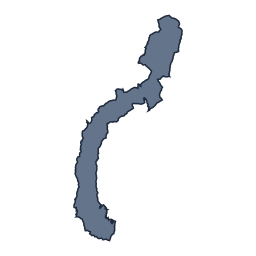 outline of Rebrisoara, Bistrita-Nasaud, Romania
{"feature_id": "2599482B58563661502775", "entity_name": "Rebrisoara", "entity_type": "district", "adm_level": 2, "iso_a3": "ROU", "parent_name": "Romania", "parent_adm1": "Bistrita-Nasaud", "projection": "albers", "projection_center": [24.527, 47.412], "detail": "fine", "context": "isolated", "style": "filled", "palette": "slate", "viewbox_px": 256, "rotation_deg": 0, "n_neighbors": 0, "source": "geoboundaries", "source_scale": "gbopen_adm2", "svg_char_len": 5750}
<svg xmlns="http://www.w3.org/2000/svg" viewBox="0 0 256 256"><path d="M109.6,240.6L110.6,237.6L110.6,237.0L111.1,236.0L112.6,234.2L113.7,233.8L113.9,232.7L114.1,232.4L114.0,231.9L114.7,230.5L114.5,230.0L114.7,228.8L114.6,227.2L114.3,226.8L114.8,226.0L114.7,224.2L115.5,221.4L113.5,220.6L112.8,222.9L112.1,223.6L111.3,222.7L111.5,222.3L112.3,222.3L112.4,222.0L111.4,221.9L111.8,221.4L112.6,221.6L113.2,220.4L112.5,220.1L112.5,220.8L112.0,221.2L111.8,221.1L112.4,220.0L111.8,219.6L111.5,221.0L111.1,221.1L111.7,219.6L109.9,219.3L108.6,220.2L108.2,218.6L108.3,218.5L108.1,217.5L106.6,218.4L105.5,217.7L105.5,216.3L106.2,216.6L106.3,214.5L106.1,213.5L106.8,213.2L106.9,212.0L106.5,212.0L106.5,211.3L107.0,209.9L107.6,209.6L105.4,208.9L106.3,208.1L106.0,207.7L105.4,207.8L105.4,206.8L104.8,206.6L104.4,205.7L103.5,204.9L103.1,204.9L99.9,208.4L99.6,208.2L99.7,207.4L101.1,204.7L100.0,203.9L98.5,202.1L97.6,200.3L97.8,199.4L97.5,197.4L97.3,197.4L97.2,196.9L97.0,195.7L96.7,194.8L97.9,192.9L96.7,190.7L96.6,189.5L96.9,188.7L96.2,187.6L96.1,186.0L96.2,183.3L95.9,181.6L96.7,177.8L96.3,176.6L96.4,175.6L96.0,174.5L96.1,174.2L95.8,172.9L96.3,171.8L96.8,169.6L96.7,166.8L97.0,165.9L96.1,164.4L95.9,161.5L97.1,160.4L97.0,159.7L98.1,158.9L98.4,158.0L97.8,155.9L97.9,154.4L98.3,153.5L98.6,153.3L98.1,152.2L98.3,150.1L98.1,149.0L98.7,147.6L99.5,147.2L100.5,145.7L100.6,144.8L101.4,143.8L101.3,142.1L103.4,139.0L106.2,137.8L105.9,136.4L106.2,134.7L106.4,134.7L106.7,133.7L107.7,132.9L107.9,131.9L107.2,128.4L107.5,126.9L107.0,124.7L107.3,123.4L108.3,123.6L108.4,123.2L109.8,122.2L111.1,121.8L112.8,122.2L113.7,121.4L115.0,121.8L116.7,121.8L118.3,120.2L118.4,118.6L119.9,117.2L121.4,116.2L123.0,116.1L124.5,115.6L124.8,114.4L125.1,114.1L125.9,114.1L126.9,113.5L127.1,112.3L127.5,111.9L133.3,108.4L133.1,106.9L132.4,106.2L132.3,104.8L132.7,103.5L138.6,103.7L141.1,104.2L143.1,103.6L144.8,102.6L144.4,101.4L144.4,100.1L143.7,99.0L144.0,97.9L144.6,98.0L144.8,98.2L144.3,99.3L145.8,99.0L146.1,99.6L146.1,100.2L147.0,101.2L146.9,101.8L147.3,103.7L147.8,103.8L148.2,104.6L147.6,106.0L148.0,106.6L148.7,106.7L148.6,107.5L149.1,108.1L148.4,109.5L148.7,110.2L148.3,110.8L149.7,110.1L149.9,109.2L150.4,108.6L153.0,107.4L155.4,105.1L156.5,103.5L157.6,102.5L158.0,102.5L162.2,100.0L161.4,98.5L160.1,97.5L159.4,94.9L160.3,92.0L161.0,90.6L161.5,90.1L161.6,88.5L162.5,87.2L160.9,85.5L159.3,82.2L158.3,81.3L158.2,80.5L157.6,79.4L160.3,79.1L161.0,78.0L163.1,76.0L164.9,76.8L167.8,76.8L169.2,76.2L169.6,76.4L169.1,75.3L169.2,74.4L168.9,73.8L169.4,72.9L169.3,72.0L169.9,70.7L169.7,69.9L170.0,68.5L169.8,68.0L170.1,67.4L170.2,65.5L170.9,63.7L170.8,63.1L172.2,61.1L172.5,59.4L172.9,59.0L173.3,55.9L173.7,55.4L174.4,52.7L177.6,52.0L178.7,51.1L178.3,50.2L178.5,49.7L178.4,48.5L178.8,47.2L178.8,45.8L179.5,43.2L180.2,41.7L180.3,41.0L179.9,40.6L179.9,40.0L180.7,39.4L181.2,38.5L181.0,36.7L182.1,33.9L181.7,33.0L182.1,30.8L181.7,29.7L180.7,28.5L178.4,27.4L178.7,25.9L179.4,24.6L179.4,23.3L178.5,21.0L177.6,20.7L176.9,19.7L174.7,18.5L171.7,17.9L169.1,15.4L165.2,16.2L161.1,18.4L159.8,19.4L157.8,19.9L158.4,22.5L159.1,23.9L159.0,26.6L159.4,26.9L159.5,27.6L160.6,29.0L160.7,29.7L159.2,31.0L159.1,31.7L158.9,31.8L157.6,32.1L155.4,32.1L153.0,33.4L152.5,34.0L150.9,34.5L149.8,35.7L149.4,37.2L149.0,37.8L148.9,40.1L147.5,42.4L147.5,42.8L147.9,43.4L147.0,44.1L146.9,45.0L146.3,45.7L146.1,46.6L145.0,47.5L146.1,48.3L145.2,50.3L145.2,52.0L145.4,52.5L145.1,53.2L144.5,53.4L144.4,54.9L143.0,54.9L143.0,55.4L140.8,56.4L140.8,56.8L139.9,57.7L139.3,59.2L139.6,59.9L139.3,60.5L139.4,61.1L138.8,61.4L138.3,62.2L138.4,62.9L138.6,62.7L139.2,63.2L140.9,63.1L143.1,65.0L145.3,64.6L145.9,65.7L149.8,69.1L151.5,71.1L150.7,73.6L149.6,75.2L148.6,78.4L147.7,79.5L146.3,79.9L146.2,80.2L145.3,80.5L144.6,81.3L142.4,82.5L142.1,83.1L141.4,83.5L140.8,84.4L140.8,86.3L140.0,85.9L140.1,85.0L138.4,84.0L138.1,84.1L137.9,84.8L138.1,86.1L137.8,88.3L136.2,87.6L134.2,87.5L131.1,89.1L129.0,90.8L128.2,91.0L127.3,91.9L123.9,92.4L123.6,91.8L123.4,90.5L122.9,89.3L122.5,90.2L121.4,89.3L120.2,89.4L118.2,88.9L116.7,89.3L116.2,90.1L115.4,90.6L116.2,92.7L116.1,93.9L116.8,95.7L116.5,97.6L116.2,97.9L116.2,99.4L115.7,100.1L113.7,100.1L110.0,100.9L108.3,101.8L106.9,103.0L105.9,103.3L103.8,105.6L102.7,106.0L102.1,105.8L101.2,106.5L100.5,106.4L99.6,107.0L98.7,108.6L98.2,108.9L98.1,110.0L98.6,111.4L98.1,112.0L98.0,112.6L96.4,112.7L96.2,113.2L94.4,114.5L93.8,116.6L92.2,117.1L91.6,117.7L91.9,119.9L91.1,122.2L90.0,123.1L88.5,123.4L87.8,121.6L86.9,120.9L87.2,122.0L86.8,122.4L87.6,123.4L87.8,124.6L87.0,127.4L86.2,128.3L85.4,128.9L84.5,130.3L82.6,131.1L82.5,131.4L82.1,133.7L82.4,134.6L82.2,136.1L83.3,138.2L82.0,140.2L82.0,141.4L81.1,141.3L80.9,141.8L80.8,143.4L81.5,144.5L80.8,145.7L80.5,147.8L80.7,148.5L80.3,149.7L80.8,149.9L81.1,151.9L79.9,152.8L79.6,154.3L79.6,156.6L77.8,157.0L76.9,158.9L76.7,159.8L77.4,161.5L77.3,162.8L76.4,163.8L75.9,164.9L75.4,167.9L75.8,168.6L75.2,170.5L75.9,171.3L75.4,172.2L75.1,173.3L75.6,175.1L76.6,177.4L77.4,178.5L77.8,181.2L78.5,182.2L78.7,183.4L78.3,184.8L79.2,186.9L78.5,187.7L78.0,188.9L77.8,190.0L76.9,192.5L76.8,194.9L77.1,195.9L76.1,198.0L75.5,198.3L74.9,199.3L75.7,199.8L75.1,200.7L75.2,202.7L74.5,203.7L73.9,205.8L74.1,207.4L75.3,207.9L76.3,207.7L76.1,209.0L76.8,209.8L76.4,210.0L76.5,210.6L76.3,211.0L77.3,211.0L77.4,212.2L77.0,212.5L76.6,213.9L76.0,214.0L75.9,214.7L76.7,214.9L76.5,216.5L76.2,216.8L77.1,216.7L78.8,217.1L79.7,217.5L80.5,218.5L82.1,219.1L83.9,223.5L83.9,225.0L84.8,227.7L84.7,228.9L85.5,230.2L85.3,230.6L86.1,230.8L87.1,230.3L89.0,231.4L90.4,231.7L90.5,232.1L89.6,233.7L91.7,235.2L91.9,235.6L93.0,235.3L94.2,235.6L94.8,236.8L96.4,236.6L97.6,238.0L98.8,238.6L101.8,238.2L103.0,239.8L106.3,239.1L107.4,240.0L109.6,240.6Z" fill="#64748b" stroke="#1e293b" stroke-width="1.5"/></svg>